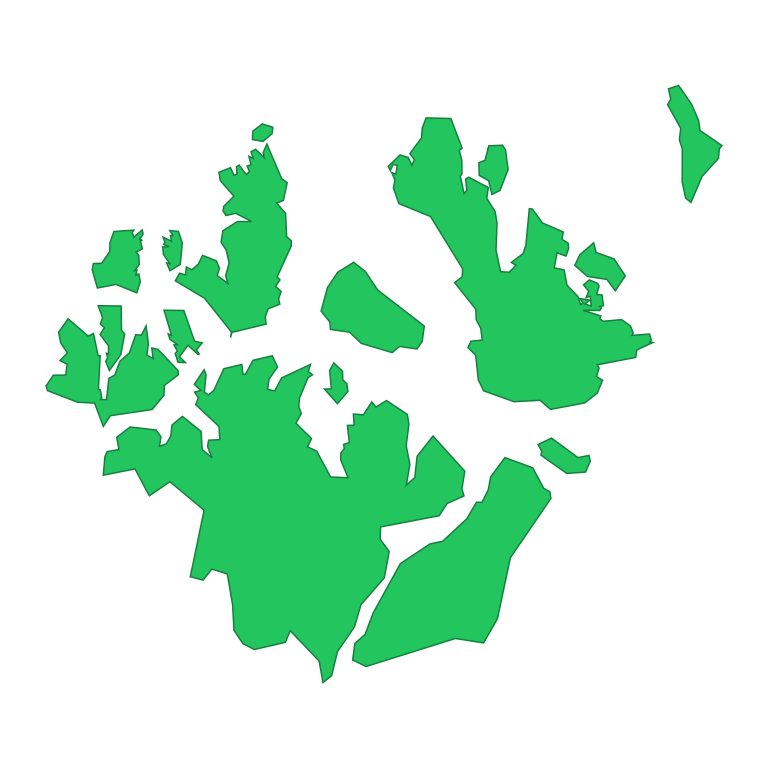 Karlsøy nor, Troms, Norway
{"feature_id": "86288312B39619690303479", "entity_name": "Karlsøy nor", "entity_type": "district", "adm_level": 2, "iso_a3": "NOR", "parent_name": "Norway", "parent_adm1": "Troms", "projection": "mercator", "projection_center": [19.425, 70.066], "detail": "fine", "context": "isolated", "style": "filled", "palette": "green", "viewbox_px": 768, "rotation_deg": 0, "n_neighbors": 0, "source": "geoboundaries", "source_scale": "gbopen_adm2", "svg_char_len": 6111}
<svg xmlns="http://www.w3.org/2000/svg" viewBox="0 0 768 768"><path d="M323.0,682.5L331.6,675.7L337.5,651.6L354.5,626.7L361.0,604.6L384.3,577.8L389.2,551.5L380.2,539.3L380.6,526.9L439.2,515.7L447.1,503.5L464.0,495.9L461.9,489.0L464.8,471.2L433.0,436.0L417.1,456.3L414.8,477.5L406.3,485.2L409.9,464.5L406.2,445.7L408.9,424.3L407.3,414.4L386.5,400.5L375.9,407.1L371.8,401.9L363.4,414.8L353.4,414.0L354.1,425.2L347.4,425.4L349.3,442.5L343.6,444.4L344.3,448.7L340.7,453.2L340.7,460.0L348.1,477.7L330.6,477.0L316.7,451.1L307.5,446.8L311.5,438.6L296.0,423.2L301.3,413.4L298.8,406.8L299.4,398.4L308.0,377.7L312.5,374.8L308.3,371.5L310.5,364.4L281.6,377.9L274.7,390.9L267.6,389.4L269.1,379.1L277.5,367.0L272.3,355.8L253.0,360.3L245.5,374.1L242.9,374.3L241.8,364.5L223.8,368.7L213.9,390.3L208.5,394.9L204.4,392.3L206.0,374.7L204.1,369.7L194.3,384.3L200.9,390.4L194.6,392.1L198.4,397.9L195.7,404.6L219.0,426.5L219.8,439.6L208.6,440.2L207.6,446.6L212.0,457.9L202.2,449.5L201.1,431.4L182.4,416.4L172.0,425.0L170.8,436.0L166.4,443.8L159.5,446.2L160.9,436.7L156.1,430.0L130.1,427.0L116.7,437.4L119.0,449.5L107.2,451.6L104.9,456.6L103.3,475.2L135.0,468.9L149.3,495.8L169.9,481.7L204.1,510.2L190.3,576.7L203.1,580.1L211.8,569.1L227.3,573.9L232.6,604.8L234.0,630.4L243.0,643.7L254.3,649.5L285.4,642.3L290.2,630.7L319.1,661.0L323.0,682.5ZM450.9,118.5L426.1,117.9L422.3,127.8L421.5,137.9L409.9,153.6L414.4,159.8L411.9,165.2L408.2,157.5L400.1,154.9L388.2,166.4L390.3,170.6L393.1,164.4L397.3,165.4L395.8,174.2L391.7,172.5L395.0,180.1L393.4,187.9L398.9,203.6L430.5,216.5L462.6,268.7L462.2,276.8L454.6,282.6L475.8,309.2L476.2,319.6L480.7,328.2L482.3,340.1L470.9,341.2L468.0,347.5L475.7,355.3L478.3,379.7L483.6,390.8L514.1,401.7L540.0,400.3L550.5,409.4L584.8,402.9L597.3,393.0L602.6,380.3L596.6,376.6L599.1,368.0L597.2,364.8L635.7,357.4L636.9,349.9L652.9,342.5L649.7,342.1L651.3,340.2L649.5,334.0L631.9,335.4L633.2,333.0L630.5,326.0L621.6,319.6L603.1,321.3L599.9,318.8L600.8,316.0L583.1,310.3L599.7,310.5L601.4,308.2L599.7,306.5L603.5,305.7L602.0,295.0L596.6,294.4L599.1,286.4L597.7,283.4L589.4,279.9L583.5,284.9L588.7,291.2L586.1,297.5L590.3,296.3L591.2,306.1L584.8,303.9L589.9,300.1L580.2,298.6L582.9,303.3L580.6,304.6L577.9,296.5L567.0,285.2L564.1,269.8L554.2,267.9L557.1,252.8L566.0,256.1L568.7,248.2L568.1,243.1L562.0,239.3L563.3,232.0L542.5,223.0L532.3,209.0L529.3,208.7L525.9,245.1L523.0,253.7L511.3,262.4L516.0,265.3L509.2,272.2L500.6,271.7L496.0,250.1L497.0,222.9L495.1,211.4L486.8,198.4L488.3,187.6L468.7,177.2L465.6,179.1L466.9,190.3L464.1,193.6L460.3,176.2L462.0,173.2L461.8,160.2L459.3,150.4L462.1,148.2L450.9,118.5ZM532.7,467.8L504.9,457.6L490.6,477.0L488.3,489.7L482.0,502.3L476.5,502.2L466.9,518.7L442.6,541.3L430.0,543.9L400.4,563.6L373.3,612.7L365.1,634.4L354.9,643.4L352.6,660.0L366.0,666.5L455.3,638.5L483.6,642.9L497.4,618.8L510.4,557.7L550.9,498.5L549.9,491.9L543.6,488.1L532.7,467.8ZM281.7,178.7L266.9,144.1L263.2,152.5L264.3,157.8L255.7,149.3L251.0,151.7L253.3,158.5L248.9,156.3L251.0,164.8L247.2,166.0L249.4,171.5L246.3,174.7L239.1,165.1L236.5,166.6L236.9,174.4L234.0,175.4L230.5,167.7L218.9,172.3L220.4,180.8L233.9,196.2L223.7,206.4L223.1,211.0L226.0,215.5L235.7,213.3L251.6,221.5L237.3,221.6L222.9,230.8L221.1,242.2L226.2,250.1L229.1,262.9L225.6,275.9L228.0,283.5L217.2,275.5L219.5,268.2L216.3,260.8L202.6,255.4L198.4,263.9L191.9,269.7L186.3,267.1L185.6,274.9L179.6,273.2L175.3,280.8L204.5,298.2L231.5,332.1L230.5,337.6L231.9,332.4L266.1,324.1L265.3,316.8L268.1,308.8L279.8,304.2L278.6,298.9L281.1,291.5L275.5,286.3L280.0,279.9L277.2,276.8L291.3,245.9L291.3,240.8L286.6,236.5L285.6,213.5L276.7,203.1L283.4,200.4L287.2,182.7L281.7,178.7ZM103.3,426.4L110.4,415.7L152.1,409.5L163.9,395.4L164.4,385.4L178.3,374.8L178.1,370.6L157.9,349.3L151.8,348.0L153.1,358.8L146.9,354.9L148.4,343.7L146.1,325.9L141.4,335.1L135.7,334.8L129.4,352.9L120.0,361.2L114.8,375.1L108.8,378.4L106.6,399.5L100.4,399.6L101.7,397.7L100.3,389.8L98.4,389.2L100.2,355.9L98.1,355.5L93.5,333.5L88.2,336.1L68.1,318.8L58.6,332.3L60.7,342.9L67.4,352.9L60.0,360.6L67.1,364.1L65.7,375.1L53.3,375.2L46.1,385.9L47.5,390.6L77.5,402.2L94.6,403.1L103.3,426.4ZM365.4,271.6L353.6,262.3L337.6,272.4L327.4,287.7L321.1,311.1L329.9,322.2L330.4,329.4L349.6,332.2L361.1,343.3L392.2,352.6L399.5,346.4L417.0,349.0L422.2,341.4L424.3,326.1L377.6,289.9L365.4,271.6ZM678.6,85.5L668.5,88.8L670.7,99.1L667.6,104.7L680.7,128.3L679.4,140.0L682.3,148.8L682.2,182.1L685.7,198.2L691.0,202.4L702.1,176.4L718.5,158.3L719.3,148.9L721.9,145.5L700.0,130.5L698.6,120.4L691.5,104.1L678.6,85.5ZM132.2,232.8L133.8,230.1L113.9,231.5L110.0,242.6L109.7,251.5L101.7,263.3L93.4,263.5L92.2,269.8L97.4,288.0L116.0,284.4L136.8,292.8L140.3,281.7L138.8,274.0L135.9,275.0L136.9,269.9L134.7,270.5L139.2,264.6L138.8,255.3L136.1,252.2L142.4,248.8L140.1,239.6L142.3,240.8L140.1,238.5L143.1,234.3L142.2,229.9L134.0,237.1L132.2,232.8ZM596.0,252.4L593.7,242.8L579.8,254.8L574.8,265.4L587.4,276.4L606.9,279.4L615.3,290.8L625.3,275.9L614.0,258.9L596.0,252.4ZM121.2,306.0L98.2,305.7L102.5,317.7L100.4,324.1L104.4,327.6L100.1,334.5L108.5,345.8L108.5,354.1L106.5,353.3L107.6,357.6L105.7,361.3L109.4,370.5L120.8,354.6L124.7,334.0L121.5,330.2L121.2,306.0ZM183.8,310.5L164.0,310.2L171.5,335.2L168.2,333.9L169.9,339.2L177.5,344.7L173.9,344.9L177.4,351.0L175.2,353.5L178.0,362.3L185.4,362.6L179.5,356.7L188.0,345.3L197.9,354.3L199.2,354.0L196.4,349.9L202.2,342.8L194.6,341.3L183.8,310.5ZM551.5,438.1L538.0,444.5L541.8,451.2L540.9,455.1L566.7,473.4L585.5,472.1L590.3,461.2L589.0,455.4L578.0,457.6L551.5,438.1ZM502.6,145.2L488.8,145.8L485.0,160.3L478.9,162.7L479.2,175.4L488.7,180.7L491.9,194.5L500.0,190.4L508.1,169.6L505.6,150.3L502.6,145.2ZM178.4,231.4L169.8,230.6L172.8,235.4L170.5,235.6L171.6,241.3L163.1,237.1L164.9,242.4L163.6,244.4L169.1,246.6L162.7,246.9L163.4,254.5L169.8,263.5L166.7,263.0L169.9,270.7L180.3,264.4L182.3,242.8L178.4,231.4ZM347.9,391.5L346.9,383.8L342.8,379.8L342.5,371.2L333.8,362.9L329.6,370.6L331.4,388.9L324.4,389.0L337.4,403.7L347.9,391.5ZM263.1,141.4L272.2,133.5L272.8,127.3L262.4,123.9L252.9,131.1L252.4,139.6L263.1,141.4Z" fill="#22c55e" stroke="#15803d" stroke-width="1.5"/></svg>